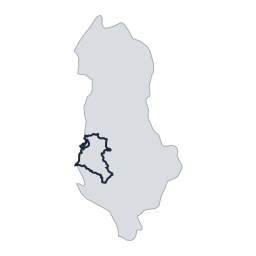 Fier highlighted on a map of Albania
{"feature_id": "ALB-1495", "entity_name": "Fier", "entity_type": "County", "adm_level": 1, "iso_a3": "ALB", "parent_name": "Albania", "parent_adm1": "", "projection": "robinson", "projection_center": [19.627, 40.746], "detail": "fine", "context": "in_parent", "style": "outline", "palette": "slate", "viewbox_px": 256, "rotation_deg": 0, "n_neighbors": 0, "source": "natural_earth", "source_scale": "10m", "svg_char_len": 4567}
<svg xmlns="http://www.w3.org/2000/svg" viewBox="0 0 256 256"><path d="M77.9,73.9L78.1,70.2L79.0,64.2L78.5,62.3L79.0,58.9L77.2,54.3L74.1,51.1L77.1,45.3L81.4,38.4L85.4,32.8L90.3,27.1L93.5,21.6L97.0,16.8L100.0,15.4L101.4,16.4L102.2,18.4L102.1,24.6L103.1,26.7L105.1,28.3L109.5,27.5L114.3,26.0L120.8,22.7L122.0,22.9L124.4,24.6L129.4,32.1L132.8,38.6L139.4,40.9L143.0,43.4L147.8,47.3L150.1,51.2L153.3,63.1L153.7,70.3L152.8,73.6L152.0,74.4L149.1,86.1L149.9,92.1L149.9,96.0L147.4,97.6L145.7,100.0L148.4,109.8L148.1,114.0L148.3,118.7L153.2,129.6L156.0,133.0L158.6,134.6L161.9,144.6L163.9,146.3L171.8,145.4L175.8,146.5L177.3,148.9L177.7,150.5L177.2,156.1L179.2,160.4L181.9,164.9L181.9,167.6L180.1,172.0L177.0,177.2L172.7,179.2L168.1,180.9L165.9,184.9L164.8,189.2L162.7,192.4L161.4,195.9L159.5,203.0L159.0,205.6L155.9,208.2L151.0,209.2L146.6,209.5L143.6,210.7L142.1,213.1L139.3,215.1L137.6,215.9L137.7,218.1L139.7,222.7L142.0,226.4L142.1,229.3L141.0,230.2L137.4,229.8L136.6,230.9L136.2,234.2L135.3,237.0L133.8,238.8L131.2,240.6L126.5,240.0L122.1,237.2L119.8,236.3L118.5,236.4L118.1,229.5L116.2,224.1L109.2,211.1L86.5,198.6L81.2,193.0L78.8,188.3L76.5,183.8L78.7,183.7L80.9,184.8L83.8,186.1L84.9,183.9L83.7,179.0L77.9,167.6L77.4,164.5L80.3,155.0L85.1,144.2L84.8,131.3L86.3,121.5L84.6,115.1L83.9,107.3L87.3,96.9L90.3,94.4L92.1,91.1L92.3,80.0L85.6,74.9L77.9,73.9Z" fill="#d9dde1" stroke="#a8b0b8" stroke-width="1"/><path d="M75.4,165.3L75.7,164.4L76.5,163.7L77.5,163.0L78.3,162.2L78.9,161.0L79.1,159.8L79.2,155.3L79.4,154.1L79.9,153.3L81.1,153.0L81.7,152.7L81.6,152.1L81.1,151.3L80.9,150.9L81.2,150.3L81.6,149.7L82.0,149.2L81.7,148.2L80.8,147.1L80.2,146.1L80.7,145.7L81.6,145.4L82.8,143.8L83.8,143.1L83.0,144.0L83.5,145.7L83.0,147.2L83.0,148.8L83.5,148.8L83.6,147.8L83.6,148.0L83.8,148.8L84.6,147.8L87.9,146.4L88.9,145.2L89.0,143.3L88.4,141.9L87.6,140.5L87.2,139.0L87.0,141.0L86.2,142.7L84.6,144.9L84.6,144.6L84.3,144.2L84.9,143.5L85.6,142.5L86.1,141.1L85.9,139.5L85.6,139.2L84.6,138.8L84.3,138.5L85.0,136.9L85.3,136.7L85.5,136.7L85.8,136.6L85.8,136.3L85.7,136.1L85.5,135.7L86.0,135.6L86.4,135.8L86.9,136.5L87.3,136.6L87.6,136.5L87.8,136.2L88.1,135.7L88.4,135.5L88.7,135.5L89.0,135.6L89.3,135.7L90.2,135.7L90.8,135.6L91.3,135.4L92.4,134.6L93.0,134.2L93.5,134.0L94.1,134.3L94.6,134.3L94.8,134.5L95.4,134.5L95.6,134.6L96.0,134.8L96.4,134.7L97.4,134.1L97.8,133.9L98.0,134.0L98.2,134.3L98.0,135.0L97.9,135.4L97.9,135.7L98.0,136.2L98.3,136.9L98.8,137.5L99.7,138.0L101.2,138.4L103.4,138.2L104.1,138.3L104.7,138.8L105.1,139.0L105.6,139.0L105.9,139.0L106.7,139.3L106.6,140.7L106.1,141.6L106.1,141.8L106.2,143.6L106.2,144.0L106.0,145.3L106.0,145.8L106.0,146.2L106.1,146.6L106.7,147.7L107.2,148.2L107.6,148.5L110.1,149.1L110.4,149.5L110.5,149.7L110.6,150.0L110.4,150.3L110.2,150.5L108.2,150.4L107.6,150.6L107.3,150.3L107.0,149.9L106.9,149.7L106.7,149.7L106.0,150.0L105.1,150.3L104.6,150.5L104.4,150.7L104.2,151.1L103.9,151.6L103.9,151.8L104.0,152.0L103.8,152.5L103.7,152.8L103.8,153.1L103.8,153.3L103.5,153.4L103.2,153.3L101.8,153.4L101.7,154.1L101.7,154.5L101.8,155.0L102.2,155.7L103.3,157.1L103.5,157.6L103.5,158.3L103.2,159.1L103.1,159.3L103.1,159.6L103.2,160.2L103.3,160.5L103.5,160.8L104.3,161.2L104.8,161.4L105.4,161.7L105.7,162.0L106.1,163.5L107.7,165.3L108.1,165.9L107.9,166.6L107.4,167.1L107.0,167.4L106.6,167.6L106.4,167.7L106.5,167.8L106.8,167.8L107.1,168.0L107.4,168.5L108.3,170.8L109.0,171.6L110.5,172.6L111.3,172.9L111.9,173.2L112.1,173.4L112.4,174.8L111.6,174.9L111.3,175.0L111.0,175.4L110.6,176.1L110.2,176.6L109.8,177.0L107.9,178.4L107.5,178.9L105.7,182.3L105.5,182.6L105.4,182.8L104.5,182.6L103.7,182.4L103.1,182.5L102.6,182.4L102.2,182.1L102.1,181.8L102.1,181.5L102.2,181.2L102.3,180.8L102.3,180.4L102.1,179.6L102.1,179.4L102.2,179.1L102.3,178.4L102.3,177.9L102.1,177.7L101.9,177.5L101.0,177.4L100.9,177.3L100.9,177.1L101.0,177.1L101.1,176.7L101.2,176.4L101.1,175.7L100.9,175.3L100.5,174.8L100.2,174.7L99.8,174.7L99.7,174.8L99.5,174.7L99.2,174.6L98.8,174.3L98.5,174.1L98.3,174.1L98.0,174.1L97.8,174.1L97.4,173.9L95.6,172.7L94.5,172.8L93.6,172.6L93.2,172.4L92.6,172.4L92.3,172.3L92.1,172.2L91.9,171.5L91.8,171.2L91.8,170.9L91.6,170.8L91.4,170.7L91.1,170.7L90.6,170.9L90.2,170.9L89.9,170.8L89.8,170.5L89.7,170.3L89.7,170.1L89.7,169.9L89.5,169.6L89.2,169.4L87.7,168.7L87.1,168.5L86.6,168.5L86.2,168.3L86.1,168.0L86.2,167.7L86.1,167.4L85.9,167.1L85.2,166.7L84.8,166.5L84.6,166.2L84.6,165.8L84.6,165.6L84.4,165.5L84.1,165.5L82.6,166.1L82.0,166.2L81.0,165.6L79.7,165.1L78.9,164.9L78.0,164.9L77.0,165.2L75.4,165.3L75.4,165.3Z" fill="none" stroke="#1e293b" stroke-width="2"/></svg>